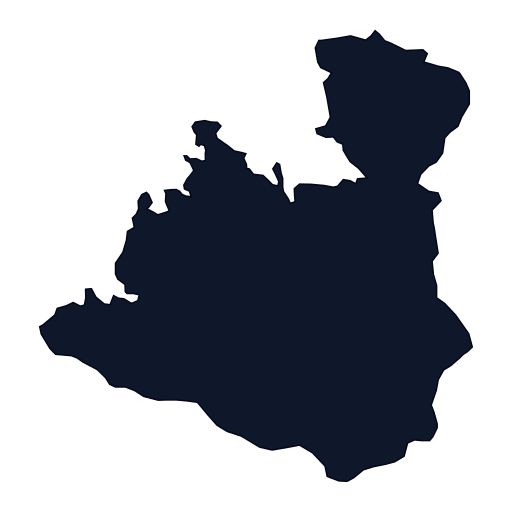 outline of Skarinou, Larnaca, Cyprus
{"feature_id": "46923920B93275666945170", "entity_name": "Skarinou", "entity_type": "district", "adm_level": 2, "iso_a3": "CYP", "parent_name": "Cyprus", "parent_adm1": "Larnaca", "projection": "equal_earth", "projection_center": [33.355, 34.825], "detail": "fine", "context": "isolated", "style": "filled", "palette": "ink", "viewbox_px": 512, "rotation_deg": 0, "n_neighbors": 0, "source": "geoboundaries", "source_scale": "gbopen_adm2", "svg_char_len": 3013}
<svg xmlns="http://www.w3.org/2000/svg" viewBox="0 0 512 512"><path d="M39.7,326.7L41.3,334.2L49.9,348.4L55.6,354.3L71.5,355.7L76.9,357.8L82.9,362.0L97.3,369.6L105.5,377.6L109.7,384.3L115.4,387.0L125.6,387.0L134.5,390.5L143.7,396.4L158.3,400.2L166.3,399.9L176.1,399.9L187.3,400.9L197.4,402.3L207.9,414.9L217.1,425.3L227.3,431.5L241.3,436.1L259.8,447.2L272.2,450.0L290.6,446.8L299.5,445.1L312.5,452.8L325.0,466.0L327.2,476.4L338.9,480.9L347.2,481.3L348.2,480.7L353.6,477.8L363.4,469.8L373.3,466.7L385.7,464.2L394.6,461.8L404.1,456.2L407.3,444.1L407.6,443.0L414.6,439.9L421.3,440.6L429.6,440.6L432.8,436.8L436.6,429.1L437.2,427.4L437.2,423.9L434.0,412.4L431.2,405.1L436.3,390.2L438.2,379.7L443.6,370.0L450.9,365.5L459.8,357.8L463.3,354.3L467.1,351.9L472.3,347.0L468.7,333.7L455.6,315.1L444.8,303.6L436.6,297.7L436.6,285.5L433.4,274.4L432.1,261.2L438.1,253.2L435.0,233.4L434.3,228.5L433.1,222.6L432.1,210.1L441.0,200.7L438.1,193.0L428.6,191.3L417.5,183.6L420.7,174.3L428.9,165.9L436.2,162.1L442.6,153.1L444.8,137.8L449.9,132.2L457.9,126.3L461.7,116.9L469.3,104.0L469.3,90.8L465.8,82.8L459.8,73.5L458.8,72.4L448.0,67.9L438.1,66.2L423.8,62.0L427.3,53.6L422.9,49.8L405.7,50.5L390.8,43.2L384.7,40.8L379.6,34.5L375.1,30.7L371.1,35.9L365.7,40.1L350.6,35.9L336.9,38.3L321.6,40.4L318.9,40.4L315.3,47.9L317.8,62.2L320.8,67.6L331.5,72.7L327.9,78.7L323.5,82.6L326.8,96.6L330.4,117.2L325.6,126.0L315.8,128.8L317.1,133.6L326.0,137.3L333.3,136.9L337.2,141.9L342.8,144.2L343.3,150.3L347.5,157.4L350.1,161.6L358.6,168.3L367.1,178.0L357.5,178.8L355.8,183.8L350.1,180.7L343.3,179.6L337.5,186.3L333.3,187.2L324.1,185.5L310.9,184.3L299.5,184.1L294.3,188.7L294.6,195.6L295.1,201.7L290.2,203.3L288.3,198.9L283.4,191.4L282.7,186.9L282.7,178.3L281.1,173.1L279.6,164.4L276.7,162.9L272.8,168.9L275.6,174.4L278.8,181.5L277.9,185.9L272.5,184.7L268.2,180.3L263.0,175.4L253.5,174.3L249.2,168.8L246.7,168.6L246.4,164.2L243.7,158.2L245.9,153.7L241.4,152.5L234.3,151.0L227.3,145.4L222.9,142.4L217.1,138.3L215.6,133.2L221.0,126.1L217.3,122.3L210.9,122.0L204.7,120.6L195.3,122.1L192.1,126.7L194.3,132.0L196.7,134.8L195.9,144.3L199.0,146.2L200.6,144.3L204.4,145.5L205.8,150.4L205.3,153.2L205.4,160.6L201.7,161.2L196.3,158.6L190.0,159.0L186.7,155.8L184.1,155.8L185.7,160.2L190.0,162.5L193.8,170.5L190.6,174.8L187.4,178.6L183.8,185.1L184.5,189.0L189.4,191.1L191.2,196.7L186.0,196.1L182.1,194.4L179.5,191.2L176.2,189.5L170.7,189.7L164.5,190.4L165.9,193.4L165.5,201.7L169.3,210.9L166.4,212.1L157.8,214.8L153.1,212.0L146.7,208.7L148.8,207.1L152.1,202.5L148.7,194.7L146.4,192.4L141.8,194.6L138.1,201.1L138.6,208.9L136.3,214.2L132.4,218.1L134.3,227.4L127.5,231.4L126.4,240.4L122.9,252.3L115.5,263.2L115.5,273.9L117.8,279.1L125.0,284.5L125.3,291.7L127.1,293.5L133.2,293.5L139.3,294.8L137.8,300.7L131.5,303.4L123.8,298.8L118.5,298.2L113.6,295.6L110.1,304.7L104.3,304.0L95.9,297.1L91.4,288.7L85.6,289.2L85.8,298.0L84.4,305.1L80.2,306.1L73.2,302.5L66.5,305.7L57.2,308.4L54.9,314.9L43.0,324.9L39.7,326.7Z" fill="#0f172a" stroke="#020617" stroke-width="1.5"/></svg>